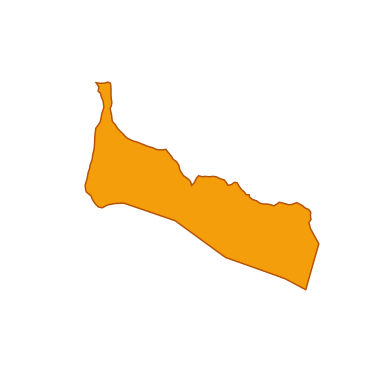 Algodão de Jandaíra, Paraíba, Brazil (Albers equal-area conic projection), rotated 237°
{"feature_id": "56859067B49071787893011", "entity_name": "Algodão de Jandaíra", "entity_type": "district", "adm_level": 2, "iso_a3": "BRA", "parent_name": "Brazil", "parent_adm1": "Paraíba", "projection": "albers", "projection_center": [-35.92, -6.887], "detail": "fine", "context": "isolated", "style": "filled", "palette": "amber", "viewbox_px": 384, "rotation_deg": 237, "n_neighbors": 0, "source": "geoboundaries", "source_scale": "gbopen_adm2", "svg_char_len": 1905}
<svg xmlns="http://www.w3.org/2000/svg" viewBox="0 0 384 384"><g transform="rotate(237 192 192)"><path d="M327.6,168.1L325.0,169.1L321.7,167.9L316.8,167.0L313.5,165.4L311.0,164.2L309.1,161.9L307.2,159.5L305.2,157.5L302.6,155.1L300.6,153.0L299.2,149.7L297.9,146.1L293.8,142.6L291.2,140.5L288.1,138.4L284.6,135.8L282.3,134.1L279.1,131.0L276.7,128.4L274.2,126.5L272.1,124.0L270.2,121.3L267.2,118.6L265.2,115.9L262.5,113.3L259.8,110.7L256.0,106.1L252.4,104.3L249.8,103.4L246.8,104.2L243.6,105.2L240.0,104.4L236.5,104.4L233.8,104.6L230.5,105.3L227.6,108.1L227.3,112.7L226.6,115.6L224.2,121.2L222.0,125.0L219.8,128.7L209.1,137.2L177.1,162.2L129.4,180.4L118.8,184.5L85.8,209.8L68.6,222.8L48.1,234.2L71.4,260.8L79.4,270.1L96.6,271.4L102.8,273.4L104.1,276.8L107.1,278.1L110.5,280.6L113.8,280.3L117.2,278.1L120.4,277.2L122.9,275.9L126.1,274.0L127.2,268.8L128.9,265.9L132.9,262.5L135.9,259.6L135.7,256.5L135.9,253.0L138.3,251.3L141.1,248.3L143.4,244.9L145.9,242.7L149.4,241.4L152.8,238.6L156.1,237.5L158.6,238.4L160.3,235.8L163.1,236.0L167.0,234.8L171.7,234.6L175.3,234.9L177.0,232.7L176.8,229.0L178.0,225.9L180.7,225.9L184.5,225.7L186.7,223.7L189.1,222.1L191.7,220.5L194.0,217.7L195.1,215.2L198.0,211.4L199.2,208.9L202.0,206.4L201.3,203.4L199.8,201.0L198.3,198.3L197.8,195.2L200.9,196.4L204.4,196.1L206.9,195.1L210.4,193.8L213.6,193.6L217.8,194.0L221.6,195.5L225.9,195.5L229.8,194.0L232.5,194.2L235.3,193.9L239.1,193.5L242.1,193.3L243.1,190.6L245.2,187.6L247.3,185.1L250.6,183.2L253.1,180.8L255.6,178.9L258.4,177.0L261.0,175.1L263.8,173.2L266.5,170.7L269.7,168.6L272.5,167.0L275.5,166.2L278.6,165.8L281.6,165.0L285.9,164.2L290.0,164.4L294.2,163.6L297.6,165.0L300.2,166.4L303.4,167.6L306.7,168.8L308.3,171.4L310.9,173.7L314.2,175.1L317.9,177.1L320.4,178.8L323.4,180.7L327.7,182.9L330.0,181.2L331.0,177.8L333.4,173.9L335.9,171.1L330.8,171.1L327.6,168.1Z" fill="#f59e0b" stroke="#b45309" stroke-width="1.5"/></g></svg>